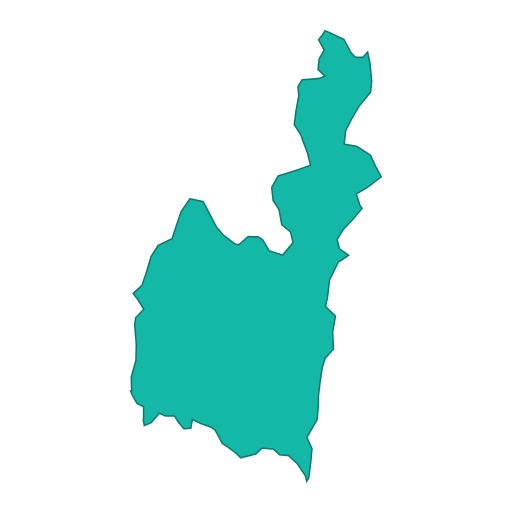 the district of Kantou, Limassol, Cyprus
{"feature_id": "46923920B71694911523843", "entity_name": "Kantou", "entity_type": "district", "adm_level": 2, "iso_a3": "CYP", "parent_name": "Cyprus", "parent_adm1": "Limassol", "projection": "natural_earth1", "projection_center": [32.905, 34.711], "detail": "fine", "context": "isolated", "style": "filled", "palette": "teal", "viewbox_px": 512, "rotation_deg": 0, "n_neighbors": 0, "source": "geoboundaries", "source_scale": "gbopen_adm2", "svg_char_len": 1672}
<svg xmlns="http://www.w3.org/2000/svg" viewBox="0 0 512 512"><path d="M130.7,391.3L132.9,396.3L137.0,403.5L143.6,406.7L143.6,414.7L143.4,420.6L144.3,425.6L151.3,422.6L157.4,415.5L159.3,413.2L165.4,416.0L174.4,416.0L178.9,422.9L184.0,428.8L190.8,428.2L192.4,419.5L200.4,423.4L211.3,427.3L215.3,430.3L219.7,438.7L222.4,443.5L228.7,447.7L235.8,453.0L240.8,457.9L256.0,453.9L261.9,448.1L273.3,449.1L279.7,454.9L288.5,455.6L296.8,463.2L300.3,468.1L305.4,475.9L306.7,481.3L308.8,477.9L310.8,461.7L312.0,448.7L306.9,437.4L317.2,419.5L318.4,404.1L318.4,396.4L320.0,382.6L322.4,367.2L325.2,358.3L333.5,349.0L332.7,331.9L335.5,316.1L325.5,306.4L327.5,297.5L329.5,280.0L338.3,262.2L348.6,255.3L348.3,255.1L339.5,248.8L337.1,239.5L343.4,229.4L353.4,218.8L362.1,208.3L360.0,205.6L356.4,193.9L367.6,187.2L381.3,176.8L376.0,167.2L370.6,155.3L356.9,146.4L344.2,144.1L345.7,130.6L351.5,119.2L359.2,106.0L370.6,92.2L371.7,81.1L369.9,62.7L367.6,52.1L362.9,57.3L355.5,57.3L351.0,52.7L344.0,39.5L330.0,32.8L325.0,30.7L322.9,34.2L318.6,39.8L324.2,50.1L319.1,59.0L318.0,69.6L324.9,76.2L319.1,78.4L302.1,79.8L297.9,86.7L298.8,95.5L295.9,111.3L294.3,124.7L300.8,134.8L303.0,141.1L307.5,153.0L310.5,165.3L297.5,169.9L278.0,176.0L271.7,187.4L273.1,200.5L279.0,209.5L281.8,224.8L290.5,231.9L293.0,242.6L282.5,255.1L269.2,250.8L262.6,239.7L258.4,236.9L248.2,236.5L238.8,244.7L235.0,244.0L223.4,235.1L216.4,226.9L203.2,201.6L189.9,198.8L181.1,211.6L177.6,221.9L172.0,238.7L158.1,245.4L151.1,256.5L146.2,272.9L142.0,285.3L133.1,293.4L137.4,299.0L143.8,309.2L135.7,317.7L134.7,324.8L136.3,344.8L135.9,360.3L131.3,376.9L131.6,391.6L130.7,391.3Z" fill="#14b8a6" stroke="#0f766e" stroke-width="1.5"/></svg>